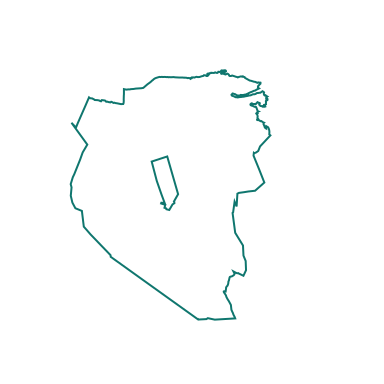 San Pedro Tapanatepec, Oaxaca, Mexico, rotated 152°
{"feature_id": "50627088B78026190251836", "entity_name": "San Pedro Tapanatepec", "entity_type": "district", "adm_level": 2, "iso_a3": "MEX", "parent_name": "Mexico", "parent_adm1": "Oaxaca", "projection": "equal_earth", "projection_center": [-94.317, 16.304], "detail": "fine", "context": "isolated", "style": "outline", "palette": "teal", "viewbox_px": 384, "rotation_deg": 152, "n_neighbors": 0, "source": "geoboundaries", "source_scale": "gbopen_adm2", "svg_char_len": 5909}
<svg xmlns="http://www.w3.org/2000/svg" viewBox="0 0 384 384"><g transform="rotate(152 192 192)"><path d="M294.2,172.9L246.5,76.7L246.2,76.8L246.0,76.3L238.9,73.0L237.3,73.2L231.8,68.6L213.2,60.1L213.0,61.7L213.0,64.3L212.7,65.9L212.7,66.8L212.5,69.5L210.7,74.0L210.7,78.2L210.9,80.6L210.9,83.2L210.6,84.6L210.6,85.4L210.9,88.5L210.8,89.1L210.6,89.3L210.1,89.2L209.6,88.9L209.0,88.4L207.3,90.7L206.7,91.7L205.9,92.2L204.5,92.7L204.0,93.2L203.2,93.9L202.4,95.0L202.0,95.7L200.8,96.7L199.2,98.6L198.5,99.2L197.8,99.2L196.4,98.8L194.5,98.9L193.5,99.2L192.8,99.8L192.7,102.4L191.1,100.0L190.4,99.2L189.6,98.7L189.2,98.6L189.0,98.1L185.9,93.9L181.0,97.6L177.0,105.9L176.4,111.7L172.1,120.8L173.0,135.7L166.0,154.5L165.2,154.8L158.9,163.5L159.4,158.3L152.7,169.2L151.0,169.2L146.4,167.5L142.0,166.0L135.7,163.5L123.7,166.4L122.1,180.4L120.6,195.2L119.1,197.4L119.0,197.1L117.0,196.8L114.3,197.1L110.5,200.3L96.2,205.2L96.7,206.6L95.4,208.8L94.8,210.3L94.5,211.7L94.4,213.4L94.8,213.9L95.2,214.7L95.5,215.2L96.4,213.9L96.7,213.2L97.1,213.8L97.4,214.9L97.1,216.6L97.0,218.3L96.7,218.8L96.3,219.3L95.9,219.4L96.5,220.1L97.5,222.1L98.2,222.3L98.6,222.9L98.8,223.5L99.1,223.9L100.6,224.9L100.5,225.5L100.1,225.7L99.3,225.7L99.4,226.4L99.2,227.1L98.7,227.6L98.2,229.0L98.1,229.6L98.4,230.9L98.4,231.2L98.1,231.3L98.0,231.2L97.5,230.7L97.3,230.8L96.9,230.8L96.8,231.8L96.7,231.9L96.2,232.1L95.6,232.0L96.0,232.5L96.1,232.9L95.9,233.5L95.6,235.8L95.6,236.6L95.6,237.2L95.8,237.5L96.4,237.6L96.7,237.8L98.1,239.7L98.8,240.3L98.8,240.6L99.4,241.1L99.4,241.7L98.9,242.2L98.3,242.3L97.7,242.3L97.3,241.9L97.2,241.0L97.0,240.9L96.3,240.8L94.4,239.7L94.0,240.0L93.3,240.0L92.6,240.4L92.0,240.6L91.9,240.5L91.3,239.5L90.5,238.9L90.6,238.3L91.5,237.8L91.6,237.5L91.5,236.9L91.2,235.9L91.0,235.7L90.6,235.5L90.1,234.9L89.3,234.7L89.2,234.4L89.4,234.2L89.3,233.9L88.9,234.0L88.3,233.8L87.9,233.2L87.2,233.1L87.2,233.3L87.7,233.7L87.8,234.1L87.7,234.8L87.5,235.1L86.2,234.6L85.5,234.7L85.2,235.5L84.5,236.5L84.3,236.9L84.2,237.4L84.0,237.7L83.3,237.9L82.4,237.7L81.9,238.3L81.7,238.5L81.7,238.8L82.4,238.7L82.7,239.1L82.8,239.4L82.6,239.8L82.2,240.4L82.0,240.7L81.4,241.0L80.7,241.0L81.5,242.3L81.5,242.6L81.6,242.9L82.2,242.8L82.4,243.0L82.7,243.5L82.6,244.7L82.3,245.4L82.0,245.7L81.7,245.9L81.7,246.4L81.8,246.9L82.1,247.2L82.5,247.9L83.6,247.7L85.1,247.6L86.2,248.1L87.3,248.4L87.5,248.6L88.4,248.9L88.9,248.9L89.7,248.7L91.1,249.0L91.5,249.3L92.6,249.7L94.5,249.8L95.6,250.1L96.7,250.6L97.3,250.6L100.4,251.6L101.4,251.8L103.0,252.5L103.5,252.6L104.3,253.0L104.9,253.2L105.5,253.5L107.2,254.0L108.8,255.2L109.1,255.3L109.9,256.6L111.4,258.2L111.6,258.7L111.4,259.4L110.5,259.6L110.1,259.9L109.8,259.9L108.7,258.7L107.9,258.0L107.2,256.6L106.7,256.1L105.6,255.3L104.5,254.8L104.1,254.8L103.5,254.9L101.9,253.9L100.3,253.3L100.0,253.3L98.6,252.8L96.6,252.7L96.1,252.5L95.7,252.7L93.3,252.6L92.3,252.4L90.0,252.3L88.5,251.9L86.9,252.1L86.0,252.0L84.2,252.0L84.5,252.5L84.6,252.9L84.7,253.3L84.5,253.8L84.2,254.1L83.9,254.2L83.7,254.6L80.7,255.5L80.2,256.4L80.4,256.6L80.8,256.6L81.8,257.5L82.1,257.5L82.3,257.7L82.8,257.6L83.1,257.8L83.8,258.6L84.0,259.1L84.5,259.6L85.4,260.2L87.8,262.6L88.7,263.3L91.6,267.8L91.6,268.7L92.5,269.6L92.7,270.2L92.9,270.3L93.2,270.0L93.7,270.3L94.2,270.9L94.8,271.2L96.0,271.4L96.4,271.6L97.0,271.6L97.8,271.7L98.2,272.4L98.9,272.9L100.4,274.5L101.9,276.0L103.1,276.1L104.1,276.6L104.5,277.3L104.4,278.0L104.6,279.0L105.2,279.9L107.2,280.0L108.3,281.1L108.8,281.9L110.5,282.5L110.7,282.9L110.1,283.3L109.9,283.8L109.4,283.7L108.8,283.5L107.5,282.4L107.3,282.2L107.0,282.1L106.9,282.2L106.8,282.9L107.1,283.5L107.8,283.7L107.8,284.2L107.6,284.3L107.3,284.2L106.3,283.0L106.0,282.9L105.8,283.0L105.3,282.7L105.2,282.9L105.2,283.3L105.4,283.7L105.7,284.0L106.9,284.5L108.0,284.7L108.2,285.1L108.5,285.4L109.0,285.5L109.3,285.4L109.9,285.0L111.1,285.0L111.5,285.1L112.3,285.8L113.5,285.2L114.6,285.8L115.3,286.7L115.8,286.8L116.3,286.7L117.1,287.0L118.2,287.7L118.8,287.9L119.1,288.3L119.4,288.2L119.9,288.2L120.5,288.6L121.5,288.7L122.3,289.1L123.0,289.1L123.2,288.9L123.3,288.5L123.2,288.3L122.9,288.4L122.1,288.2L121.9,287.9L122.9,287.4L123.8,287.2L124.4,287.4L124.8,287.7L125.3,288.6L126.6,289.5L127.4,289.2L129.4,289.7L131.4,290.0L133.2,290.9L133.8,291.5L134.4,291.7L136.1,291.9L136.6,292.4L137.3,292.6L138.1,293.2L138.5,293.3L138.8,293.2L139.0,292.6L139.6,292.7L140.2,292.6L140.4,293.6L140.9,293.7L141.8,294.5L142.6,294.7L143.0,295.2L143.7,295.8L144.6,296.2L144.9,296.5L145.3,296.6L146.4,297.4L149.1,298.8L153.4,301.4L154.1,302.0L156.7,303.2L158.5,304.3L158.8,304.3L159.6,305.0L160.2,305.2L162.2,306.5L163.8,307.2L164.5,307.8L165.7,308.2L166.7,308.9L168.1,309.2L170.3,309.6L171.6,309.7L173.1,309.5L174.0,309.2L175.1,309.1L175.9,308.8L177.9,308.4L180.8,308.0L186.1,306.8L188.0,307.4L193.1,309.7L195.2,310.4L197.9,311.6L198.6,311.7L200.2,312.6L200.9,312.8L201.3,313.0L201.9,313.2L203.8,314.8L206.2,310.3L206.9,309.2L208.9,305.7L209.4,304.6L210.6,302.7L211.4,302.0L213.4,302.9L216.4,305.4L217.9,306.5L218.6,307.3L219.5,307.5L220.5,309.1L221.0,309.6L221.9,309.4L222.3,309.6L222.6,310.0L223.3,310.4L224.3,311.5L224.7,311.6L225.4,312.0L225.6,312.6L225.6,313.2L226.1,313.8L228.5,315.5L228.9,315.4L229.2,315.1L229.7,314.8L230.3,315.3L231.0,316.4L232.2,317.4L234.7,318.9L235.2,320.1L235.8,320.8L236.0,321.3L238.0,322.7L238.5,323.9L245.1,318.6L260.3,306.6L263.9,303.6L264.2,303.9L264.5,304.4L264.6,305.0L265.4,307.7L265.9,309.7L262.2,283.0L269.9,278.3L275.6,273.1L287.7,262.9L290.3,261.0L295.4,255.9L296.2,252.6L300.8,245.6L302.6,238.8L302.6,232.4L298.1,227.0L303.8,212.2L301.5,202.2L293.6,174.5L294.2,172.9ZM221.6,193.2L224.6,196.3L224.3,196.5L224.1,196.9L223.8,196.8L221.3,195.2L220.1,204.1L217.9,218.3L213.3,237.8L197.2,235.0L205.3,196.6L212.4,192.1L212.3,191.6L212.8,190.4L215.0,190.2L220.5,186.8L222.7,188.8L222.6,189.8L223.7,191.0L221.6,193.2Z" fill="none" stroke="#0f766e" stroke-width="2"/></g></svg>